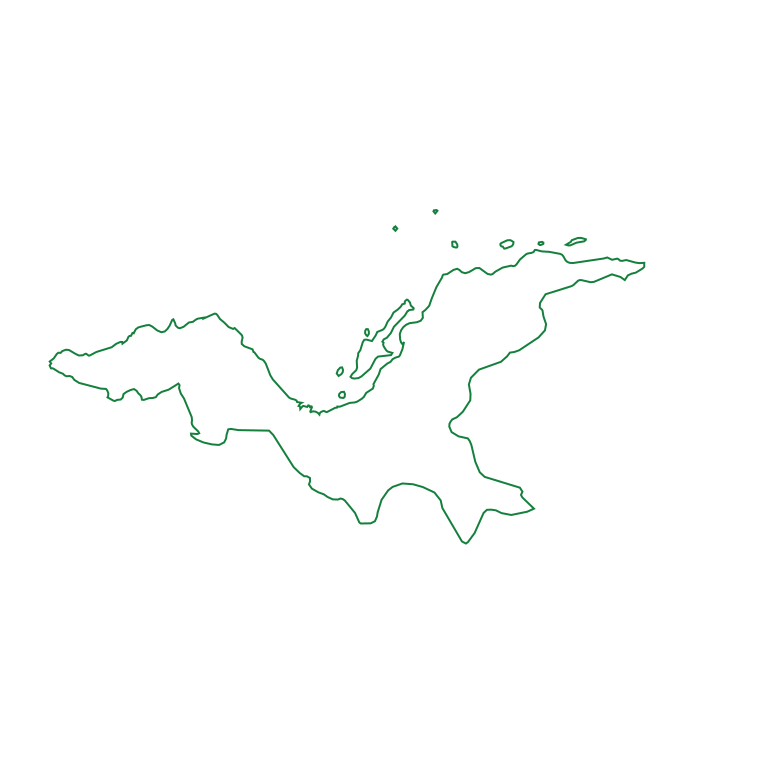 map outline of Hormozgan (Robinson projection), rotated 152°
{"feature_id": "IRN-3228", "entity_name": "Hormozgan", "entity_type": "Province", "adm_level": 1, "iso_a3": "IRN", "parent_name": "Iran", "parent_adm1": "", "projection": "robinson", "projection_center": [56.023, 27.172], "detail": "fine", "context": "isolated", "style": "outline", "palette": "green", "viewbox_px": 768, "rotation_deg": 152, "n_neighbors": 0, "source": "natural_earth", "source_scale": "10m", "svg_char_len": 6174}
<svg xmlns="http://www.w3.org/2000/svg" viewBox="0 0 768 768"><g transform="rotate(152 384 384)"><path d="M668.6,560.8L663.7,561.6L658.8,564.1L656.9,564.5L654.9,563.3L652.6,564.1L648.8,563.6L646.2,561.9L642.1,555.2L640.0,552.4L636.6,550.8L633.5,550.9L632.7,550.4L631.4,547.7L630.4,547.3L622.9,547.3L607.1,544.3L601.7,545.2L597.0,544.9L595.4,544.0L596.0,542.4L590.6,543.2L587.5,545.6L586.1,545.9L584.8,545.3L582.2,547.1L581.4,547.0L581.1,546.3L577.6,548.8L574.4,549.3L571.5,548.7L565.9,547.3L563.5,546.2L561.6,543.4L559.0,537.6L556.2,534.2L552.9,533.3L549.3,534.3L545.8,536.2L540.9,540.0L539.6,540.0L539.9,535.5L540.5,533.5L539.5,530.4L538.1,529.1L534.1,528.6L527.4,529.9L523.5,528.6L519.8,529.2L517.7,529.1L511.7,527.1L512.4,526.5L500.7,525.7L499.4,524.9L498.8,523.4L498.3,518.4L496.2,513.2L494.4,507.2L491.4,503.5L489.6,503.5L486.8,494.6L486.6,493.4L487.1,491.3L489.8,488.2L490.8,486.1L489.6,482.9L483.8,476.3L484.2,473.5L483.6,472.9L482.5,466.0L481.5,464.2L479.8,462.5L479.2,460.9L478.8,457.6L480.3,444.9L480.0,440.2L474.2,416.6L473.0,414.8L470.1,412.1L469.0,410.5L469.2,408.9L465.6,406.1L466.9,406.1L469.7,404.7L469.0,404.0L468.9,403.0L469.7,401.2L466.2,402.6L465.4,402.4L462.6,399.8L460.9,400.7L460.4,400.3L460.2,398.4L459.1,398.7L458.5,398.2L458.5,397.4L462.0,394.3L462.0,393.6L459.5,393.2L457.4,391.7L456.0,389.6L455.4,387.3L454.4,388.4L453.3,388.8L451.0,388.8L449.7,388.4L448.2,386.4L447.4,386.0L438.4,385.9L436.4,385.2L435.8,386.0L433.7,384.7L423.1,383.4L418.6,381.5L415.9,381.0L410.5,381.4L407.8,382.1L403.9,384.5L396.0,385.2L393.8,387.2L393.4,388.8L384.2,394.8L380.0,398.8L371.6,400.5L367.8,400.5L364.7,401.9L361.5,401.9L357.9,401.2L356.3,402.0L351.3,406.2L346.6,411.7L349.0,410.3L349.4,412.8L348.8,415.8L346.6,420.7L343.7,423.4L340.4,425.1L336.8,425.9L332.9,425.7L325.9,423.1L321.9,422.6L318.6,424.2L316.3,429.3L312.5,430.0L307.4,431.8L301.7,437.1L292.3,444.9L282.9,450.7L281.1,452.4L280.2,452.7L276.6,451.4L269.1,452.1L265.3,451.4L263.8,449.1L262.8,446.2L260.3,443.7L256.4,442.9L248.5,443.2L245.3,441.6L240.9,432.6L238.3,430.4L236.5,430.1L233.0,430.9L224.6,431.1L216.2,428.8L214.6,427.4L212.9,426.9L211.1,427.3L205.4,430.1L197.9,431.8L196.0,431.8L192.1,430.5L190.0,430.3L187.9,431.5L186.9,431.1L182.4,427.0L175.9,423.0L167.5,416.3L166.2,414.7L165.7,412.7L165.6,407.9L164.9,405.9L163.4,404.0L160.7,402.2L131.2,391.7L127.5,390.9L124.3,386.6L119.2,385.2L118.4,384.2L117.6,382.0L115.9,380.9L111.9,379.7L104.9,373.1L101.9,370.9L97.3,368.8L99.2,365.3L101.3,364.6L109.4,364.1L113.7,365.2L117.7,365.4L122.6,362.7L125.0,367.5L131.3,373.8L150.6,375.6L153.8,376.9L161.1,383.2L162.6,383.9L164.1,384.1L170.4,382.4L172.6,382.4L199.2,387.4L208.2,382.3L210.6,378.4L209.6,375.4L209.6,374.3L211.5,368.7L212.8,360.7L216.7,355.8L225.6,352.6L248.8,350.3L254.0,351.1L258.1,352.6L262.4,350.6L270.3,348.7L293.4,352.1L304.3,348.7L309.3,343.7L312.2,334.7L315.5,329.1L327.4,322.5L335.3,320.4L340.3,320.7L342.9,319.5L344.9,318.1L346.4,315.6L346.9,309.8L342.8,302.8L335.5,296.6L335.1,293.3L335.5,289.1L339.9,272.5L340.9,261.1L338.7,254.7L312.7,228.7L312.3,223.9L315.1,221.8L315.1,218.9L310.1,203.5L317.5,204.0L333.1,208.6L340.8,214.8L344.5,219.9L348.3,222.7L352.2,224.6L356.6,223.4L373.9,209.9L384.1,205.0L386.6,204.7L389.1,208.4L390.7,247.1L388.6,254.6L390.4,264.5L398.1,274.8L405.5,281.9L414.4,287.5L424.7,289.1L430.3,288.1L440.5,282.9L449.8,273.7L452.4,270.3L456.4,267.1L461.1,267.2L470.1,271.8L470.8,273.4L470.1,283.8L473.3,299.6L474.5,301.8L476.2,303.3L478.9,303.6L483.4,306.2L486.9,310.8L488.9,314.8L492.9,319.3L496.8,325.5L497.4,330.6L495.0,332.7L493.5,335.8L495.5,338.8L497.8,340.0L500.2,345.0L502.8,353.0L505.7,390.9L507.4,396.8L534.3,411.7L540.2,416.2L542.8,417.1L546.9,413.0L549.0,410.0L552.5,407.5L558.2,407.6L564.2,411.4L570.8,417.1L575.9,423.3L578.4,428.9L577.7,430.8L572.2,427.4L570.3,427.3L570.3,429.3L572.4,435.8L572.5,438.4L572.0,440.1L570.5,442.1L569.3,445.2L567.4,465.1L567.9,470.9L566.9,476.6L565.1,478.9L565.3,480.9L576.8,480.1L584.0,481.4L588.6,481.0L591.7,479.5L594.7,480.2L598.1,481.8L603.5,482.7L605.1,483.8L604.2,486.7L604.4,488.7L605.3,491.0L605.6,494.1L607.1,496.9L610.7,497.7L615.0,497.9L618.7,497.4L621.2,494.6L623.8,493.9L627.2,495.3L629.5,495.3L630.8,496.4L634.4,502.0L633.4,502.6L631.8,505.1L631.4,508.3L631.8,510.2L636.1,512.8L652.7,528.1L655.5,533.0L656.0,536.6L657.9,538.7L660.6,539.8L662.0,541.6L662.6,543.7L665.3,546.8L668.4,552.3L669.1,553.3L670.7,554.2L670.5,557.4L668.2,558.4L668.6,560.8ZM403.7,401.2L407.6,402.7L409.5,404.2L410.2,406.1L407.4,407.7L402.1,409.2L400.1,411.0L397.2,417.3L393.6,421.1L392.3,423.3L389.0,425.0L383.2,430.8L380.7,432.3L378.7,431.5L374.5,427.6L368.7,430.7L365.5,433.1L359.7,432.5L357.9,432.9L356.1,433.8L351.4,437.4L346.5,439.5L342.1,442.6L336.7,443.3L332.9,444.4L330.5,445.8L327.9,445.3L327.1,446.8L326.2,447.4L324.3,447.8L323.6,447.3L322.8,443.7L323.5,440.7L322.2,437.1L323.1,436.0L327.2,437.5L328.2,437.1L329.0,437.3L333.6,434.6L348.3,429.9L354.0,425.8L359.7,423.5L363.3,423.5L365.6,422.1L365.0,420.7L366.3,419.2L366.6,417.2L366.2,412.7L365.6,411.0L362.0,407.5L364.2,406.2L376.4,411.0L379.7,410.2L388.8,404.0L400.3,401.3L403.7,401.2ZM214.6,453.4L207.6,453.0L204.8,451.6L203.0,448.6L203.9,447.2L205.2,446.2L206.7,445.7L213.1,446.6L214.3,447.1L214.6,449.5L215.8,450.5L216.0,451.7L215.6,452.9L214.6,453.4ZM152.3,421.8L150.7,422.8L144.1,421.9L141.2,420.3L137.8,417.0L138.1,416.5L140.3,416.0L147.6,418.4L154.1,418.9L156.1,419.7L157.9,421.5L152.3,421.8ZM413.2,418.3L413.6,415.6L414.9,413.8L417.1,412.7L420.3,412.4L420.8,415.5L418.2,417.9L414.9,419.0L413.2,418.3ZM426.3,390.7L429.0,392.5L429.4,394.0L429.1,395.2L428.2,396.2L425.7,397.0L423.0,395.9L423.2,393.4L424.8,391.1L426.3,390.7ZM256.3,470.6L258.2,472.3L258.9,473.5L257.1,477.4L256.6,477.5L254.1,476.1L253.8,472.8L254.7,470.8L255.4,470.4L256.3,470.6ZM376.1,434.1L376.7,435.1L376.9,437.5L375.7,439.7L373.9,440.8L372.5,440.0L372.7,437.6L373.8,435.4L376.1,434.1ZM180.2,433.1L181.2,433.6L181.9,435.1L180.8,436.3L177.7,435.3L176.9,434.0L177.6,432.9L180.2,433.1ZM302.0,513.9L302.9,516.8L301.0,517.8L300.2,516.9L299.8,517.3L299.3,515.0L302.0,513.9ZM258.7,510.5L259.3,513.2L258.4,513.9L255.9,512.9L255.5,511.8L258.7,510.5Z" fill="none" stroke="#15803d" stroke-width="2"/></g></svg>